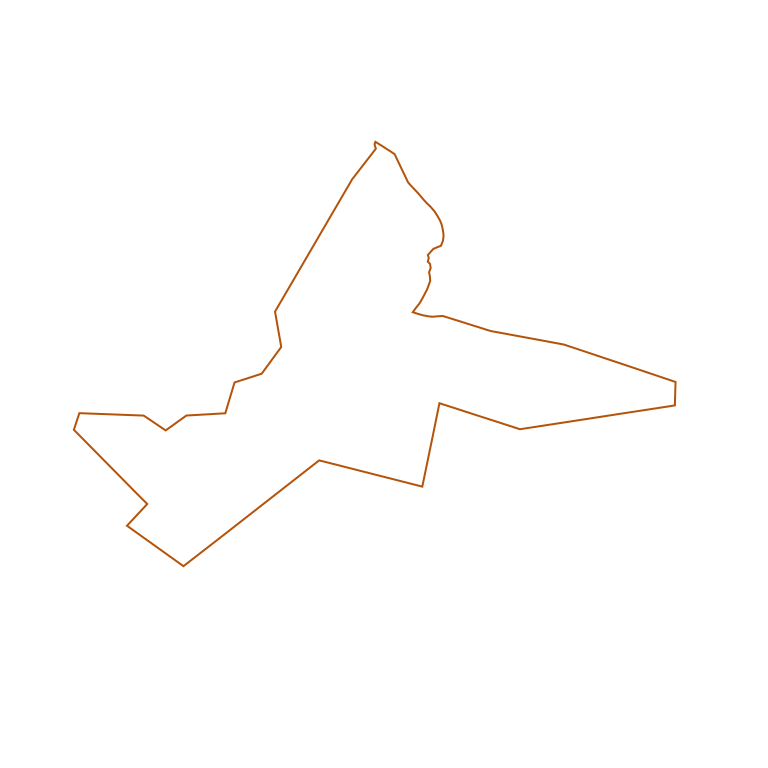 the district of São José do Peixe, Piauí, Brazil, rotated 286°
{"feature_id": "56859067B40995132660641", "entity_name": "São José do Peixe", "entity_type": "district", "adm_level": 2, "iso_a3": "BRA", "parent_name": "Brazil", "parent_adm1": "Piauí", "projection": "mercator", "projection_center": [-42.491, -7.517], "detail": "fine", "context": "isolated", "style": "outline", "palette": "amber", "viewbox_px": 768, "rotation_deg": 286, "n_neighbors": 0, "source": "geoboundaries", "source_scale": "gbopen_adm2", "svg_char_len": 1064}
<svg xmlns="http://www.w3.org/2000/svg" viewBox="0 0 768 768"><g transform="rotate(286 384 384)"><path d="M572.1,297.0L516.2,282.8L423.5,259.3L393.6,273.9L391.2,275.0L379.3,270.6L360.2,263.6L344.3,239.9L312.1,239.5L299.2,202.7L279.2,186.9L287.4,161.7L272.0,99.2L254.5,98.5L210.3,177.0L203.4,189.5L176.9,176.0L153.6,241.4L191.8,269.4L292.7,342.7L295.9,449.1L347.6,445.2L350.0,445.0L380.8,442.6L378.0,527.1L443.6,669.5L457.2,666.0L466.3,663.7L468.6,613.6L471.5,545.9L464.3,471.8L465.6,421.7L464.0,417.3L461.9,411.7L461.3,407.9L460.7,401.5L460.9,391.9L466.2,393.8L471.5,396.0L478.2,397.6L487.1,399.4L495.8,400.0L500.2,398.4L503.9,396.5L508.3,396.9L512.1,395.2L513.7,392.4L517.4,392.3L520.1,390.6L527.3,394.1L529.3,396.4L532.5,400.6L537.9,401.2L542.4,400.5L545.1,399.6L549.5,397.5L553.4,395.3L556.6,392.8L560.4,388.9L563.1,385.9L564.6,383.9L567.5,379.4L569.6,375.3L572.5,370.6L576.3,365.0L583.1,353.6L584.5,351.5L589.2,347.4L592.3,344.6L607.9,330.8L612.5,315.8L614.4,309.0L611.9,308.8L607.9,311.3L572.1,297.0Z" fill="none" stroke="#b45309" stroke-width="2"/></g></svg>